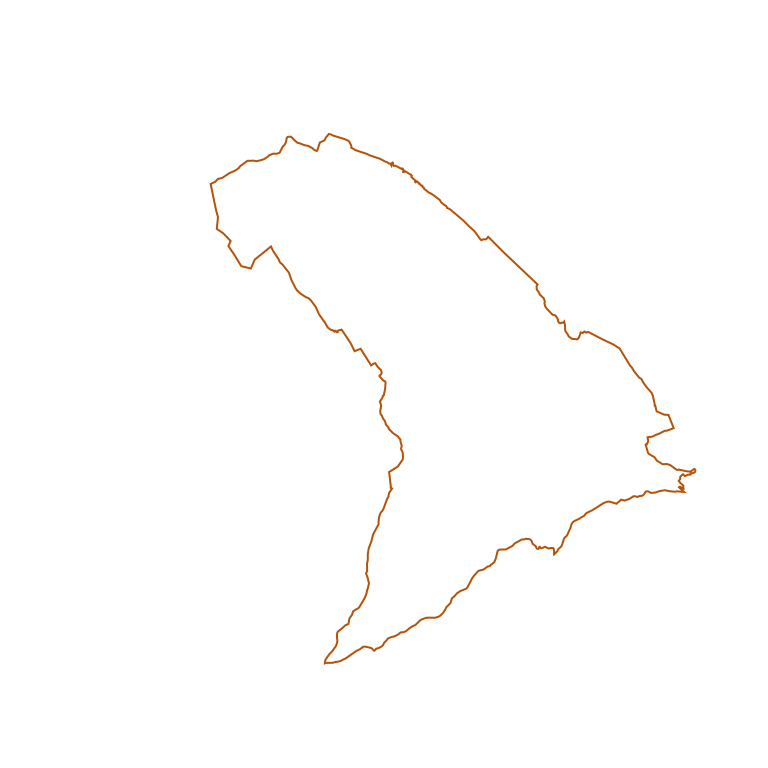 Gradistea, Vâlcea, Romania (Equal Earth projection), rotated 234°
{"feature_id": "2599482B19326472109269", "entity_name": "Gradistea", "entity_type": "district", "adm_level": 2, "iso_a3": "ROU", "parent_name": "Romania", "parent_adm1": "Vâlcea", "projection": "equal_earth", "projection_center": [23.805, 44.907], "detail": "fine", "context": "isolated", "style": "outline", "palette": "amber", "viewbox_px": 768, "rotation_deg": 234, "n_neighbors": 0, "source": "geoboundaries", "source_scale": "gbopen_adm2", "svg_char_len": 6166}
<svg xmlns="http://www.w3.org/2000/svg" viewBox="0 0 768 768"><g transform="rotate(234 384 384)"><path d="M207.2,590.8L207.5,590.4L208.9,591.3L216.3,594.5L219.3,595.3L227.3,594.6L232.7,594.6L236.7,595.2L239.2,594.2L247.2,593.8L251.7,594.2L254.2,593.9L274.2,595.5L281.1,592.8L292.3,586.7L305.8,580.0L306.4,579.2L306.5,578.0L308.7,576.9L308.4,574.8L310.1,573.5L307.1,569.2L306.5,567.1L306.8,566.3L310.1,562.6L314.1,561.4L315.7,561.8L320.6,561.9L325.2,565.0L328.5,566.4L328.2,565.6L328.4,564.8L329.1,564.2L329.2,563.0L329.7,562.1L330.3,561.7L332.8,561.8L333.5,562.6L337.5,563.1L339.1,562.7L340.7,561.3L341.9,560.9L349.0,560.0L351.9,560.0L354.9,561.2L356.4,562.7L359.4,563.6L364.5,562.7L368.2,563.2L370.5,563.1L373.0,564.6L373.8,565.5L374.2,566.7L374.5,566.7L419.7,558.3L441.9,554.8L441.0,551.7L442.7,549.3L443.1,547.3L444.8,547.0L454.7,547.0L462.0,545.4L469.3,544.3L485.5,540.4L487.4,539.7L489.3,538.5L491.4,539.0L492.0,538.5L497.1,537.0L500.1,537.3L506.5,535.4L511.0,533.7L512.7,532.7L518.0,531.3L518.7,531.2L519.5,531.6L520.9,531.0L521.9,531.6L523.2,530.5L524.1,530.7L525.4,530.1L525.7,530.5L526.2,530.0L526.8,530.2L528.3,529.9L528.5,528.2L529.4,528.0L529.9,529.0L535.3,527.8L535.9,528.2L536.2,529.0L537.0,528.9L543.3,526.3L544.1,524.1L544.4,524.1L544.6,525.8L546.5,525.1L546.9,525.7L547.4,525.7L547.7,524.7L553.9,521.6L554.8,520.0L556.3,520.3L557.8,521.3L558.1,521.2L558.1,520.4L557.3,519.9L557.7,519.3L556.8,518.5L558.5,518.7L559.4,517.7L561.8,516.8L563.5,515.6L568.6,513.1L577.9,506.5L580.1,505.5L590.3,498.1L591.9,497.7L594.3,496.4L595.6,497.4L597.3,497.9L601.2,498.4L605.4,496.0L614.8,488.9L616.7,488.0L618.7,486.4L617.6,482.1L616.2,479.3L616.3,477.8L617.1,474.1L612.1,467.2L612.1,466.5L614.4,465.2L617.3,464.5L621.2,462.6L623.9,460.1L629.1,456.7L629.8,455.9L631.6,455.3L638.8,454.1L640.2,452.0L640.5,451.2L640.2,449.9L637.4,447.0L636.0,444.3L635.4,441.2L632.5,435.6L632.6,434.9L633.6,432.0L635.0,430.5L635.8,428.9L636.2,426.4L636.6,425.5L636.2,423.9L636.4,419.3L637.5,415.7L639.4,411.5L641.0,410.2L644.8,404.7L644.8,395.8L644.0,393.0L644.0,391.0L644.3,388.1L645.5,383.0L645.8,374.6L647.5,370.1L646.8,366.2L647.7,361.3L623.1,350.2L616.6,347.8L607.8,339.9L600.5,342.5L589.9,344.0L587.0,339.2L575.6,338.8L563.2,337.8L555.7,344.2L560.6,352.5L561.7,373.4L556.8,372.5L547.3,372.1L543.4,371.3L540.3,372.1L530.0,372.5L522.4,370.2L513.7,368.8L510.4,368.7L506.5,369.5L502.9,370.8L500.1,371.9L497.9,373.4L494.5,374.0L486.6,374.1L478.6,372.4L467.9,372.3L462.7,371.7L459.1,372.8L458.1,374.0L455.4,374.7L455.2,375.0L455.3,375.6L455.7,375.9L455.5,376.1L453.5,376.3L453.3,376.9L454.1,377.1L453.8,377.7L454.2,378.4L453.7,379.9L453.1,380.7L452.9,381.7L436.4,381.0L427.9,379.5L426.2,385.8L406.6,384.5L406.6,387.3L406.0,389.2L401.4,389.0L396.8,389.7L395.0,389.1L393.8,387.9L393.4,386.9L393.4,385.3L392.9,384.9L386.9,385.5L385.5,386.5L384.5,386.3L379.8,382.4L375.2,377.5L374.9,376.8L375.0,376.1L374.0,374.9L372.2,370.4L368.2,369.0L364.2,364.9L362.7,364.0L361.2,363.5L359.8,363.7L356.5,362.9L355.0,363.0L352.7,362.8L350.2,361.7L346.1,362.1L345.0,361.5L339.0,362.4L333.3,364.5L331.3,364.4L329.7,364.7L327.5,363.4L325.2,362.7L323.1,361.7L322.2,360.3L321.2,359.5L317.7,358.9L313.8,356.5L311.9,354.7L309.1,346.6L309.8,336.4L296.9,329.2L296.1,328.4L294.7,329.1L292.9,324.1L290.1,321.1L289.1,318.8L283.5,310.5L282.3,308.1L282.0,306.1L281.4,304.9L278.9,301.4L275.4,298.3L273.8,297.3L268.8,286.9L264.0,281.1L260.0,275.0L256.0,271.0L251.1,267.4L248.5,264.5L242.6,260.5L241.3,258.1L237.2,257.0L231.6,254.7L228.0,250.6L227.1,249.0L225.1,247.1L222.2,242.6L218.0,232.9L217.7,231.2L218.1,229.1L218.2,225.3L216.2,222.6L214.6,218.2L210.8,214.2L211.5,210.7L210.9,205.8L210.8,201.0L209.9,199.6L207.3,197.4L203.4,195.2L201.1,192.4L199.8,190.1L199.3,187.7L198.6,186.5L197.4,180.5L195.4,174.8L194.0,172.9L192.8,172.0L192.6,173.0L188.6,178.6L187.9,180.8L186.6,183.1L185.3,186.5L185.2,188.6L184.7,190.6L184.5,192.6L184.3,204.5L183.5,209.1L183.7,212.8L182.5,214.5L178.3,218.2L176.9,218.9L174.1,219.1L173.8,219.6L174.4,221.9L173.4,225.1L173.1,228.1L173.5,230.0L174.7,232.4L174.9,234.5L175.8,237.7L175.1,240.7L173.6,244.6L173.0,248.6L173.3,251.2L171.6,254.4L171.1,256.5L171.4,261.0L171.3,264.2L170.6,267.8L171.5,274.0L171.4,276.1L170.2,280.4L169.1,282.3L165.0,287.7L163.8,291.0L163.5,292.6L163.9,296.4L165.1,300.1L166.8,303.3L167.7,309.0L170.1,312.1L170.8,313.4L170.9,316.2L171.8,320.1L171.6,324.2L170.1,329.8L170.3,331.7L174.9,340.9L176.0,343.9L176.4,346.5L177.3,349.9L177.2,351.0L175.4,355.5L175.4,360.4L174.5,362.6L174.9,364.1L174.9,366.7L175.1,368.7L177.6,372.5L182.1,377.7L182.4,379.1L181.9,380.5L178.5,385.4L177.5,392.6L178.2,396.2L177.3,403.5L177.1,404.3L175.9,406.0L175.5,407.6L173.4,410.1L171.9,411.1L170.5,411.1L167.3,410.4L163.7,411.4L161.2,410.9L160.5,411.1L159.8,412.2L160.9,413.8L160.8,414.3L159.4,414.3L158.8,414.6L158.3,415.5L157.7,418.6L154.3,420.3L153.1,422.8L151.7,424.5L151.1,424.5L147.9,422.9L147.2,422.0L146.2,421.5L146.8,425.7L148.0,428.1L148.3,431.6L148.7,432.7L152.8,438.3L153.6,440.2L153.6,442.0L154.5,444.2L158.3,450.7L160.5,453.5L161.2,455.5L161.2,457.6L160.2,462.9L160.2,465.5L159.7,467.8L160.6,472.0L159.5,477.9L158.6,491.6L157.6,495.3L156.5,497.1L150.4,501.8L150.7,502.8L150.7,505.0L151.1,507.8L148.0,510.5L147.9,511.7L146.9,514.7L146.5,519.9L146.0,520.7L143.6,522.8L143.2,524.7L141.8,527.3L141.8,529.1L143.0,532.1L143.0,533.1L141.7,534.7L139.3,535.8L138.6,536.4L136.8,539.6L135.3,544.1L133.3,548.2L132.0,549.8L130.4,551.0L128.2,553.4L126.0,555.9L124.9,558.0L120.3,563.3L127.1,562.0L127.0,562.8L126.5,563.4L123.6,564.1L123.2,564.9L124.6,565.4L125.8,566.4L129.7,565.6L132.3,565.5L133.1,567.9L134.4,568.7L135.0,569.5L135.3,572.8L132.5,573.3L132.1,576.4L130.5,578.7L130.6,579.1L131.4,579.5L130.0,582.7L130.0,583.7L130.8,585.0L132.0,585.5L133.0,584.9L132.9,581.8L133.4,579.9L135.6,577.5L141.7,572.0L141.8,571.1L142.6,570.3L150.2,567.9L153.0,565.8L155.1,562.5L155.9,562.0L161.7,559.7L165.7,559.8L171.9,557.1L173.6,557.3L181.1,560.0L181.2,560.4L180.7,561.3L181.4,562.1L181.6,563.1L182.9,564.4L186.0,565.9L183.7,570.2L182.9,574.7L182.2,576.9L181.1,583.6L179.9,585.6L178.0,592.4L191.8,596.0L194.5,592.6L201.7,588.5L207.2,590.8Z" fill="none" stroke="#b45309" stroke-width="2"/></g></svg>